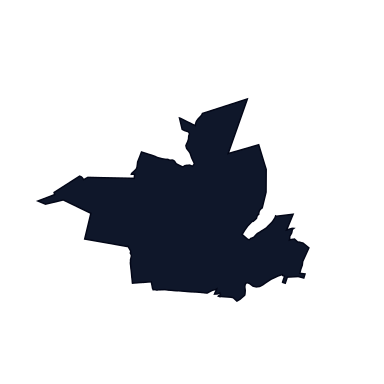 Santa María Atzompa, Oaxaca, Mexico (Mercator projection), rotated 114°
{"feature_id": "50627088B80328221498252", "entity_name": "Santa María Atzompa", "entity_type": "district", "adm_level": 2, "iso_a3": "MEX", "parent_name": "Mexico", "parent_adm1": "Oaxaca", "projection": "mercator", "projection_center": [-96.781, 17.085], "detail": "fine", "context": "isolated", "style": "filled", "palette": "ink", "viewbox_px": 384, "rotation_deg": 114, "n_neighbors": 0, "source": "geoboundaries", "source_scale": "gbopen_adm2", "svg_char_len": 4839}
<svg xmlns="http://www.w3.org/2000/svg" viewBox="0 0 384 384"><g transform="rotate(114 192 192)"><path d="M237.4,69.7L231.0,70.3L226.0,60.5L225.1,54.9L220.9,55.4L222.4,60.5L218.3,61.2L214.0,61.5L210.5,62.6L209.3,62.6L195.5,62.5L193.5,69.9L193.7,70.8L193.8,71.0L193.9,72.1L194.1,73.5L194.2,73.8L194.6,74.7L194.7,75.1L193.3,79.3L193.7,79.8L194.5,81.2L195.3,82.3L196.0,83.2L196.3,83.5L195.8,83.6L195.0,83.7L193.5,84.4L192.9,84.6L192.6,84.7L191.8,84.6L190.1,84.4L189.7,84.4L188.8,84.3L187.6,84.6L186.9,84.7L185.9,85.0L185.6,85.0L185.3,85.0L184.8,84.8L183.9,84.3L184.0,84.6L184.1,84.9L184.3,85.3L184.5,85.8L188.3,90.2L185.2,90.2L171.2,90.6L179.8,105.0L179.8,105.9L181.6,105.7L183.7,106.0L185.7,106.3L187.3,106.7L189.9,107.7L192.9,108.9L194.3,109.3L195.7,110.2L198.0,111.7L199.2,112.6L200.7,113.5L202.1,114.5L203.3,115.4L205.9,116.4L208.0,117.0L209.7,118.5L210.6,119.5L211.5,119.7L212.3,120.2L212.6,121.8L210.4,129.0L208.6,128.7L206.2,128.4L204.8,128.2L203.9,128.0L200.4,127.3L195.7,125.6L195.2,125.5L194.9,125.2L194.2,125.0L193.9,124.2L191.6,123.1L190.6,122.7L189.6,122.4L188.0,122.8L187.3,122.7L187.2,122.7L185.8,122.4L185.7,122.3L185.0,122.0L184.8,122.3L182.3,122.8L181.3,122.7L181.1,122.8L178.9,122.0L178.0,121.4L162.0,124.3L141.2,133.4L137.1,137.0L121.7,150.3L136.5,167.8L138.2,169.9L142.2,174.6L85.1,179.2L84.5,179.3L116.0,214.4L117.6,214.4L119.1,214.8L122.6,216.1L125.6,216.7L127.2,216.6L128.6,216.4L130.0,216.0L130.0,217.3L130.0,219.2L129.8,221.7L129.8,224.5L129.6,228.1L129.4,232.4L129.5,233.5L138.7,226.5L138.8,225.7L138.9,223.7L138.7,222.1L138.6,220.8L138.4,220.0L139.1,218.6L140.2,217.9L142.1,217.8L145.1,216.7L148.2,216.4L150.4,216.5L152.2,216.4L154.4,214.6L155.2,213.1L156.3,211.0L157.5,209.3L159.5,207.5L160.8,206.3L162.9,203.9L164.8,201.6L166.1,201.4L168.4,202.1L168.3,203.6L168.4,205.2L169.2,206.5L169.4,206.8L169.7,207.6L170.3,208.4L170.8,209.2L172.7,210.4L172.9,211.4L172.8,214.7L172.6,218.0L171.0,220.5L170.8,221.3L170.7,222.6L170.9,223.2L172.0,225.2L172.0,227.4L172.9,229.4L173.8,232.9L174.1,234.8L174.4,236.5L174.6,238.2L174.5,240.2L174.6,241.6L174.8,244.1L175.2,247.0L175.4,249.2L176.0,254.4L181.0,254.1L186.6,253.9L189.1,253.1L191.9,252.3L193.9,252.3L197.3,253.7L199.6,254.7L200.5,254.6L199.1,251.7L203.0,250.3L215.5,279.9L221.0,293.1L224.3,295.6L224.8,296.0L224.2,297.0L223.6,298.1L223.2,299.3L223.2,301.1L248.5,317.8L250.2,316.4L262.9,329.1L262.7,320.9L253.7,309.1L251.6,306.4L252.6,275.7L278.6,270.9L273.4,250.2L268.2,229.2L267.6,228.7L268.6,227.1L269.0,226.5L270.0,225.2L270.4,224.5L271.3,223.8L271.7,223.5L272.0,223.5L272.6,223.6L272.9,223.5L273.3,223.0L273.8,222.3L274.1,221.9L275.0,221.4L275.6,221.2L278.9,220.6L280.2,220.0L280.3,219.9L281.0,219.7L281.7,219.5L282.3,219.2L283.2,218.7L283.8,218.3L286.5,216.8L288.6,215.5L289.5,215.0L290.2,214.6L291.6,213.8L291.8,213.7L294.7,212.1L295.1,211.8L296.0,211.3L296.8,210.8L298.7,209.8L299.5,209.3L299.3,208.9L299.1,208.6L298.7,207.9L298.5,207.5L297.9,206.4L297.4,205.4L297.1,204.9L296.8,204.4L296.4,203.6L296.2,203.3L295.7,202.3L295.6,202.2L295.3,201.4L295.1,201.2L294.6,200.2L294.5,199.9L294.1,199.1L293.8,198.7L293.4,197.9L292.5,196.3L291.8,195.0L291.5,194.4L290.6,192.7L294.2,190.1L295.9,189.0L296.3,188.6L296.8,188.0L297.1,187.7L296.7,187.1L296.2,185.9L295.9,184.3L295.7,183.9L295.1,183.1L294.9,182.7L294.8,182.4L294.7,182.3L294.0,180.7L293.7,180.2L293.5,179.7L293.4,179.6L293.2,179.0L292.5,177.7L292.4,177.4L292.2,177.0L292.0,176.3L291.7,175.4L291.2,173.6L290.8,172.7L290.7,172.2L290.5,171.7L290.2,170.9L289.9,170.0L289.5,168.7L288.9,167.0L288.4,165.7L288.1,165.0L287.7,164.2L287.5,163.7L287.4,163.2L287.2,162.9L286.9,161.8L286.6,160.9L286.1,159.5L285.3,157.2L284.8,155.7L284.5,154.9L284.3,154.3L283.8,152.9L283.6,152.5L283.5,152.1L282.8,150.4L282.3,149.0L281.9,148.1L281.2,146.2L281.0,145.8L280.9,145.2L280.7,144.7L280.3,143.7L279.9,142.3L279.8,141.9L279.3,140.7L279.0,139.5L278.8,138.9L278.5,138.1L278.4,137.7L278.3,137.4L278.1,137.0L277.8,136.8L277.1,136.2L276.1,135.5L274.9,134.5L273.8,133.6L273.3,133.1L273.2,132.9L272.9,132.7L272.5,132.2L271.8,131.1L271.3,130.6L270.8,130.2L270.5,130.0L271.0,129.9L271.6,129.8L272.3,129.8L272.8,129.9L273.5,129.9L274.4,130.0L275.1,130.0L275.8,129.9L276.1,129.9L275.3,128.3L274.8,127.4L274.3,126.8L274.0,126.6L272.8,125.6L273.3,125.1L273.6,124.6L273.8,124.4L274.1,124.4L274.3,124.3L274.5,124.5L275.1,125.0L275.7,125.3L276.4,125.6L276.3,123.8L275.6,122.9L275.1,121.4L272.3,113.7L271.8,111.3L273.4,106.6L270.3,104.4L268.7,103.7L264.9,101.9L263.7,102.1L260.3,103.3L257.2,105.2L255.0,105.8L253.2,105.6L252.3,104.3L252.2,102.2L253.2,97.9L252.5,94.5L252.3,94.3L250.9,91.9L250.0,91.1L247.8,89.4L245.5,88.1L240.8,85.1L239.3,84.1L236.6,81.7L233.9,79.4L231.9,77.3L231.3,76.7L230.7,75.8L231.4,75.3L231.4,75.2L231.3,73.3L231.3,73.1L234.5,72.9L237.6,72.6L237.7,72.2L237.4,69.7Z" fill="#0f172a" stroke="#020617" stroke-width="1.5"/></g></svg>